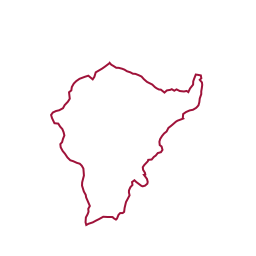 Alethriko, Larnaca, Cyprus (Natural Earth projection), rotated 235°
{"feature_id": "46923920B84228203129676", "entity_name": "Alethriko", "entity_type": "district", "adm_level": 2, "iso_a3": "CYP", "parent_name": "Cyprus", "parent_adm1": "Larnaca", "projection": "natural_earth1", "projection_center": [33.491, 34.86], "detail": "fine", "context": "isolated", "style": "outline", "palette": "rose", "viewbox_px": 256, "rotation_deg": 235, "n_neighbors": 0, "source": "geoboundaries", "source_scale": "gbopen_adm2", "svg_char_len": 2162}
<svg xmlns="http://www.w3.org/2000/svg" viewBox="0 0 256 256"><g transform="rotate(235 128 128)"><path d="M59.9,65.6L60.1,67.0L62.3,70.4L62.8,72.8L61.4,74.8L61.5,76.7L64.4,79.3L68.5,83.9L70.0,86.9L72.0,90.7L74.7,91.8L76.3,93.0L78.1,95.9L78.8,99.0L81.4,100.3L81.5,103.3L79.0,103.8L72.9,105.8L71.8,106.6L71.0,108.8L71.3,111.9L72.5,113.2L75.3,114.3L77.1,114.3L80.5,114.2L80.0,115.5L81.7,116.2L85.1,116.4L87.4,117.6L88.3,119.9L89.4,125.2L90.3,126.3L88.6,129.3L89.5,132.6L89.5,134.9L90.4,138.0L89.3,141.1L90.3,143.7L93.6,144.9L95.8,144.2L98.7,145.8L100.5,148.0L101.9,151.2L102.8,154.4L103.0,157.6L104.9,161.2L105.0,163.7L105.2,166.3L105.7,170.8L105.6,172.7L104.6,176.5L104.1,178.6L104.6,178.5L107.8,181.2L107.8,184.7L107.0,188.7L105.7,191.6L105.4,195.2L105.7,197.0L106.2,198.8L108.2,201.2L111.0,203.7L113.7,207.4L116.1,209.1L118.2,211.2L120.7,213.5L122.9,214.7L126.3,214.4L126.7,216.6L129.3,217.8L131.5,215.7L132.9,214.2L130.4,210.4L128.8,208.2L126.2,206.2L124.8,201.5L122.8,198.0L124.7,197.3L125.8,194.8L128.6,191.6L131.8,189.9L132.0,187.3L134.7,186.1L135.0,184.5L136.5,181.4L136.1,178.2L140.6,176.9L141.7,175.5L143.9,174.3L146.0,173.5L149.7,172.8L153.0,171.0L154.9,170.0L158.9,169.0L162.4,168.6L165.2,167.0L168.1,165.1L169.7,163.1L172.2,161.9L175.1,159.7L177.8,158.6L179.9,157.2L182.6,154.9L184.1,152.9L187.3,151.6L189.4,150.6L191.7,150.3L191.9,150.3L191.7,149.7L191.5,144.4L191.5,140.8L191.8,137.1L192.1,133.5L189.2,129.8L188.1,127.0L193.6,125.5L194.7,122.0L196.1,116.5L196.1,112.5L195.5,109.1L193.8,105.5L191.3,103.1L191.1,100.2L185.4,97.1L184.0,93.8L183.1,89.3L181.5,86.1L182.0,81.8L183.2,78.8L183.8,75.3L182.8,72.5L179.9,71.5L178.3,71.2L174.1,70.5L171.6,73.4L168.1,73.2L164.8,73.6L161.4,72.8L158.4,71.6L156.3,68.4L154.2,65.9L153.6,63.3L150.8,61.8L146.6,61.3L143.2,61.6L138.6,61.5L134.7,62.2L132.2,64.1L128.8,66.1L126.4,68.0L123.7,68.5L120.4,68.2L117.3,66.4L114.3,64.6L112.2,62.1L109.8,59.3L107.2,57.3L101.3,55.4L97.4,55.0L95.2,53.9L90.7,53.0L86.0,52.0L84.6,49.1L82.0,47.6L80.5,45.4L78.9,42.2L75.2,39.2L72.5,38.2L72.2,40.7L70.9,45.0L70.5,48.7L70.0,51.9L69.5,56.8L66.9,60.1L63.9,64.3L62.4,64.5L59.9,65.6Z" fill="none" stroke="#9f1239" stroke-width="2"/></g></svg>